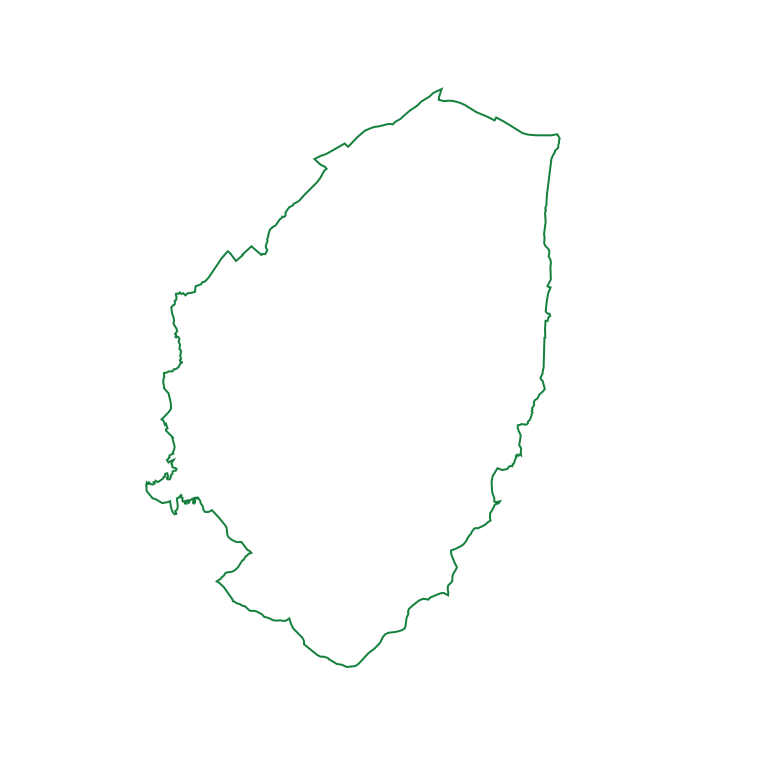 Solont, Bacau, Romania (orthographic projection), rotated 246°
{"feature_id": "2599482B29549349723291", "entity_name": "Solont", "entity_type": "district", "adm_level": 2, "iso_a3": "ROU", "parent_name": "Romania", "parent_adm1": "Bacau", "projection": "orthographic", "projection_center": [26.52, 46.567], "detail": "fine", "context": "isolated", "style": "outline", "palette": "green", "viewbox_px": 768, "rotation_deg": 246, "n_neighbors": 0, "source": "geoboundaries", "source_scale": "gbopen_adm2", "svg_char_len": 6166}
<svg xmlns="http://www.w3.org/2000/svg" viewBox="0 0 768 768"><g transform="rotate(246 384 384)"><path d="M620.5,460.5L615.3,447.8L619.7,445.8L617.7,426.2L617.8,421.1L618.2,419.9L617.8,411.9L610.0,415.3L606.4,418.4L603.9,419.1L603.1,416.1L598.5,410.1L595.5,404.8L589.2,388.3L586.1,381.5L585.5,378.8L585.4,374.6L584.3,373.8L584.0,369.3L580.9,363.9L578.0,362.6L577.5,361.6L577.3,360.5L578.3,359.2L577.2,358.0L576.9,356.0L572.9,349.4L572.7,345.8L572.1,345.1L571.8,343.1L568.8,340.1L565.8,338.1L563.8,336.2L561.6,335.5L559.5,333.2L558.0,332.1L556.1,331.5L554.4,331.9L553.4,331.5L550.9,328.4L552.3,325.7L551.7,324.5L563.7,318.9L559.8,307.2L559.1,307.2L556.6,298.8L565.9,296.7L568.8,295.3L565.1,287.2L552.4,266.8L550.4,262.1L550.9,259.6L549.5,257.3L549.9,251.6L545.0,248.7L545.8,244.5L546.8,241.1L545.7,238.7L548.7,237.4L548.8,235.2L550.8,234.5L550.0,232.9L551.1,230.9L550.5,230.2L547.8,229.8L545.5,228.5L544.9,226.4L543.2,226.0L541.8,225.1L541.6,222.8L540.3,220.7L534.1,219.0L531.0,218.9L527.6,218.1L524.7,216.2L518.9,216.9L516.3,216.5L514.7,213.4L513.2,214.1L511.8,212.6L511.1,213.0L511.0,214.8L510.6,215.2L508.2,215.5L506.2,213.5L503.0,213.7L499.2,211.3L497.7,212.0L496.1,211.8L492.6,209.2L489.5,208.9L488.8,207.1L487.3,207.2L486.5,208.2L485.6,208.0L485.6,206.4L482.9,203.1L482.3,199.8L482.8,198.7L482.8,197.6L481.8,196.7L481.7,196.2L481.7,195.4L483.0,192.9L482.9,189.8L483.5,187.4L479.5,186.0L478.9,185.0L475.4,183.0L470.6,181.9L469.6,181.3L463.0,183.4L453.8,181.6L448.4,179.6L447.1,178.0L445.4,174.7L442.1,166.4L440.5,167.6L435.8,167.3L436.4,168.6L431.5,168.2L431.4,166.4L430.1,165.9L420.8,169.4L420.8,168.7L412.0,167.3L409.3,165.5L407.4,163.2L406.1,163.3L406.0,161.2L406.3,159.9L406.0,159.1L404.7,158.1L404.1,158.2L402.8,154.8L400.0,155.2L400.3,157.6L400.3,161.0L397.6,157.2L396.3,157.7L394.4,156.8L393.4,157.4L392.1,159.2L390.6,160.0L389.5,158.6L390.2,156.7L389.9,155.2L387.8,154.1L387.3,152.1L385.9,151.6L384.0,149.6L385.0,147.5L385.8,147.3L386.9,147.7L387.0,149.1L390.6,149.7L390.8,149.0L390.9,147.7L388.6,146.2L388.8,144.9L387.6,144.0L386.6,139.4L386.4,137.5L388.2,136.2L387.7,136.0L388.0,133.6L386.3,133.9L386.2,132.0L387.5,130.1L389.9,129.2L389.9,128.8L388.5,128.6L388.5,127.6L390.3,127.1L387.6,125.2L386.1,125.1L383.1,123.6L373.6,126.1L372.2,128.1L365.4,133.0L364.0,138.5L364.0,140.9L357.5,139.2L353.7,138.8L350.3,139.5L349.8,141.2L350.0,141.6L352.9,141.6L353.1,143.1L353.7,144.3L356.7,146.1L363.6,148.2L363.8,150.3L365.1,153.3L365.1,153.6L364.4,153.4L363.1,152.2L362.1,153.7L359.0,152.3L358.4,152.5L358.1,154.1L356.0,153.5L355.5,153.8L355.2,154.6L356.7,154.8L357.7,155.9L357.7,156.7L357.0,156.6L357.2,157.8L354.9,156.9L354.9,157.7L356.1,158.4L357.1,161.7L357.0,163.7L353.6,161.4L352.5,161.3L352.1,161.7L352.6,163.2L356.0,164.4L356.7,165.2L356.7,165.7L355.6,166.4L356.3,166.9L356.0,167.8L352.0,168.6L349.6,168.0L346.2,168.7L342.7,167.9L340.0,168.4L338.5,171.5L338.7,175.5L329.5,178.7L318.9,181.6L316.9,181.8L309.8,179.5L307.2,179.7L304.0,181.2L300.5,184.1L299.0,186.2L297.7,189.5L287.8,191.8L286.9,192.9L284.3,194.0L283.6,194.1L284.0,191.1L283.0,189.4L282.9,187.7L280.5,184.2L280.4,182.8L275.8,175.8L274.5,172.1L274.3,168.9L275.8,163.8L275.7,161.9L274.2,160.0L273.2,156.6L272.3,155.4L272.2,153.5L271.7,150.9L269.2,152.7L263.4,155.1L249.0,157.9L246.9,157.7L246.1,158.8L243.7,160.2L241.6,162.7L238.5,165.0L237.7,166.5L231.9,168.9L230.7,170.4L229.6,173.2L228.2,174.9L223.3,178.8L220.1,179.8L217.1,183.5L213.2,186.7L211.1,190.5L210.6,192.6L208.4,196.0L207.7,198.0L208.3,202.2L203.4,201.5L197.7,201.6L185.3,206.3L181.7,206.3L178.7,205.1L163.6,212.8L160.8,215.1L159.0,218.6L156.4,221.4L155.2,221.6L147.6,226.9L144.6,231.4L140.7,234.8L138.3,242.0L138.0,243.4L138.8,247.3L144.5,260.4L146.0,267.2L148.3,273.2L149.9,276.2L153.1,279.7L154.9,283.4L154.9,287.2L153.3,291.9L152.1,297.0L151.8,300.6L152.0,302.4L152.6,303.8L154.3,305.3L161.2,309.5L164.1,312.8L166.0,313.2L168.5,315.4L170.2,320.8L171.7,327.0L172.0,328.4L171.8,332.6L169.0,336.8L170.0,338.8L170.1,340.8L169.9,349.2L169.6,351.4L168.8,353.6L164.9,356.6L167.0,357.8L171.1,358.9L173.8,360.6L175.4,364.8L176.3,366.3L179.9,368.0L182.2,369.7L185.6,374.7L187.1,376.1L191.9,375.8L201.1,376.2L204.7,377.5L204.3,382.6L204.7,389.5L205.6,392.3L207.1,395.3L209.7,398.2L211.9,402.6L213.3,404.2L215.1,407.3L215.1,409.1L214.0,411.1L214.1,417.0L214.4,419.5L215.5,422.7L215.9,425.8L219.1,426.5L223.0,428.6L224.6,431.3L228.8,436.4L228.4,440.2L229.7,442.2L230.4,438.4L231.7,436.9L234.7,438.3L241.1,438.8L250.9,442.5L255.7,445.9L260.9,453.4L257.3,457.1L256.2,461.7L256.6,463.2L257.6,464.2L257.8,466.1L256.7,467.4L257.3,468.4L258.4,468.9L258.2,469.5L259.4,471.3L261.4,472.7L263.0,474.8L264.5,475.1L264.9,475.7L265.2,477.0L264.0,477.0L263.7,477.7L264.4,479.1L264.3,479.7L263.2,480.2L266.3,481.3L269.3,483.1L273.3,482.7L280.5,487.5L282.3,488.1L286.1,487.9L289.9,488.4L291.1,489.0L291.9,489.8L291.4,491.4L291.4,493.4L289.0,497.3L289.5,499.4L291.1,500.2L291.6,501.9L292.7,503.4L295.4,506.1L296.9,506.9L297.6,508.1L299.4,508.0L300.1,509.2L301.6,509.4L303.7,512.6L305.9,513.2L307.3,514.3L307.9,515.3L308.4,518.5L311.1,521.5L312.8,526.8L314.2,528.9L322.5,530.2L323.8,529.5L325.8,529.3L329.2,533.2L332.1,534.8L333.7,536.3L361.0,549.4L360.9,550.3L368.2,553.2L376.1,557.3L375.1,559.1L378.2,561.6L378.5,563.5L380.9,563.8L381.2,562.8L382.2,561.9L384.4,561.2L392.5,565.8L400.0,570.8L404.5,575.4L406.1,573.5L406.9,573.1L411.8,579.0L423.2,583.6L426.9,585.8L429.8,586.6L433.7,586.4L436.7,588.5L438.7,589.1L440.5,589.1L444.8,587.5L447.3,587.5L451.9,590.0L455.9,591.2L466.3,597.6L473.9,600.4L475.6,601.2L477.1,602.7L477.8,602.5L479.4,603.1L481.2,605.0L490.9,610.0L521.4,628.4L524.2,631.3L525.6,633.5L527.6,635.3L528.7,638.7L529.3,639.4L531.6,640.5L533.1,642.0L534.8,642.7L536.9,644.4L541.7,643.8L543.2,637.8L549.3,624.2L553.1,617.2L556.6,612.8L575.4,600.0L581.8,594.9L579.8,592.2L585.6,587.6L594.6,579.1L606.2,571.2L610.4,567.3L614.3,562.5L616.5,558.4L618.0,553.9L621.3,549.6L623.9,551.1L630.0,556.6L629.9,547.6L628.1,542.4L626.8,532.7L624.8,527.8L623.5,519.9L621.5,512.9L619.5,507.1L618.9,501.2L617.6,497.4L618.9,496.0L619.9,493.2L621.3,484.8L622.8,479.5L623.1,476.6L623.2,469.7L620.5,460.5Z" fill="none" stroke="#15803d" stroke-width="2"/></g></svg>